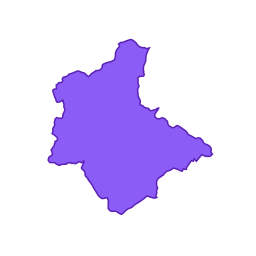 Taut, Arad, Romania, rotated 127°
{"feature_id": "2599482B85287351729722", "entity_name": "Taut", "entity_type": "district", "adm_level": 2, "iso_a3": "ROU", "parent_name": "Romania", "parent_adm1": "Arad", "projection": "mercator", "projection_center": [21.939, 46.235], "detail": "fine", "context": "isolated", "style": "filled", "palette": "violet", "viewbox_px": 256, "rotation_deg": 127, "n_neighbors": 0, "source": "geoboundaries", "source_scale": "gbopen_adm2", "svg_char_len": 4418}
<svg xmlns="http://www.w3.org/2000/svg" viewBox="0 0 256 256"><g transform="rotate(127 128 128)"><path d="M202.7,169.8L199.9,165.8L199.9,163.3L199.2,160.3L196.8,158.9L193.8,155.3L192.3,155.4L190.3,153.0L190.3,151.9L189.6,150.9L188.7,150.5L188.5,150.1L188.6,149.2L188.3,148.6L186.8,147.8L184.3,146.7L184.0,145.6L183.8,144.5L183.4,143.9L182.9,143.6L182.2,143.4L181.6,143.8L181.1,143.9L181.0,143.5L181.4,143.0L182.5,142.5L184.0,142.1L187.7,141.3L188.4,140.5L188.6,138.1L189.0,136.1L191.7,133.5L192.3,131.8L192.4,129.7L193.3,128.8L193.7,127.0L194.8,123.1L196.9,118.5L197.5,116.8L199.8,111.1L200.1,109.1L200.1,106.6L199.9,106.3L199.2,105.3L197.1,103.6L196.2,102.7L197.0,101.3L197.7,100.0L198.5,99.7L198.8,99.1L200.5,98.2L204.2,95.3L204.6,94.0L204.8,92.6L204.7,91.6L204.0,90.4L203.1,89.3L201.9,87.9L201.5,86.2L201.6,84.8L201.2,82.4L201.1,81.8L200.4,81.0L197.6,80.4L195.4,80.2L192.5,79.3L190.7,78.1L189.3,77.4L188.5,77.0L187.1,76.9L184.4,76.2L182.3,75.3L178.8,74.0L173.8,72.5L171.0,72.2L170.4,70.4L169.4,67.7L168.7,65.8L168.0,64.5L166.1,63.2L165.8,64.6L165.2,65.3L163.9,65.4L162.9,65.7L160.6,67.7L158.5,68.0L158.0,68.4L156.9,70.1L155.7,71.4L153.4,73.1L152.2,73.4L151.7,73.3L151.1,73.4L149.3,73.3L147.9,72.8L146.5,72.2L145.7,72.3L145.0,71.8L144.3,71.4L143.8,71.5L142.9,71.7L142.2,71.5L140.6,71.3L138.8,70.7L137.2,69.4L135.7,68.6L134.9,68.3L132.7,67.5L132.3,66.8L132.1,66.2L131.7,65.0L131.5,64.3L131.3,64.1L131.1,63.3L130.3,59.4L129.7,58.7L128.4,59.0L127.2,59.4L126.6,57.2L125.8,56.5L124.5,57.4L119.6,57.6L116.1,57.8L115.2,55.8L112.8,56.6L113.4,53.4L104.9,53.0L104.0,49.1L103.4,48.2L101.4,45.5L99.8,45.0L98.1,44.8L97.6,46.7L96.9,47.5L96.0,48.2L95.6,48.2L94.2,49.4L93.6,51.3L93.3,52.6L93.9,55.6L94.5,57.3L94.3,58.4L93.9,59.7L93.0,61.0L92.9,63.2L92.6,63.8L93.1,65.2L93.7,66.1L94.8,66.9L95.2,67.1L95.6,67.3L96.4,73.3L97.0,76.1L96.0,78.2L95.6,80.7L95.8,86.8L96.2,89.8L96.5,90.1L96.7,90.4L100.0,91.7L101.2,92.8L101.6,96.8L101.0,98.3L99.6,99.8L98.9,100.8L98.4,104.7L99.4,107.0L101.3,108.1L102.8,109.7L103.0,110.5L102.9,113.3L101.4,114.7L98.4,115.1L96.7,115.1L94.0,115.3L93.6,115.5L94.2,116.1L95.1,116.4L95.4,116.8L96.2,116.9L96.8,116.9L97.3,117.2L97.5,117.7L97.8,118.1L98.7,118.7L99.7,119.4L100.3,120.0L100.5,120.8L100.9,121.9L100.1,122.8L100.1,123.9L100.7,124.6L101.3,126.4L101.8,127.3L101.5,128.1L101.3,128.6L101.5,129.8L101.6,130.6L102.1,132.4L101.7,132.9L101.3,133.0L101.0,133.3L100.4,133.4L99.8,133.8L99.2,134.3L98.4,135.4L97.7,136.4L97.6,137.2L96.7,138.4L96.5,139.1L95.8,139.9L94.8,140.3L94.3,141.1L93.0,142.2L91.3,143.6L89.4,144.1L87.9,144.4L87.1,145.9L86.2,147.0L85.3,147.7L83.3,149.0L82.3,150.4L81.9,150.3L79.6,149.7L79.0,148.7L78.1,148.0L77.2,146.7L75.1,147.5L74.2,149.4L73.0,149.6L72.6,150.6L69.1,152.8L64.0,154.1L59.3,157.2L54.3,158.7L53.1,158.9L51.2,159.1L52.9,160.5L53.6,161.1L53.8,163.1L55.2,164.8L56.2,167.8L56.1,169.7L55.1,173.1L55.0,177.0L55.4,178.5L56.0,179.4L59.2,181.6L62.9,183.7L64.0,185.3L66.6,186.1L67.3,184.4L68.2,183.8L69.6,184.0L72.4,184.1L73.9,183.6L75.6,183.2L77.0,182.1L78.8,181.0L81.2,179.9L81.9,179.9L85.3,181.6L88.8,184.4L91.9,186.2L93.3,186.3L94.9,185.2L96.2,185.0L98.4,185.3L99.5,185.9L101.5,188.2L102.8,188.5L103.7,188.8L105.2,189.4L106.6,189.9L108.8,190.0L110.8,190.6L110.8,191.4L110.7,192.7L110.5,194.2L110.3,195.8L111.1,197.5L111.7,199.8L112.2,201.6L112.8,202.6L114.6,203.6L117.7,205.5L120.9,207.7L121.7,207.5L122.5,207.5L123.1,207.7L123.5,208.0L123.9,208.5L125.1,208.7L125.1,209.1L126.0,210.0L126.9,210.2L127.9,210.2L128.7,209.7L129.3,208.6L130.2,208.4L131.1,208.4L132.2,209.0L133.2,210.3L133.6,210.6L134.0,210.6L134.7,210.5L135.3,210.6L136.8,211.2L139.9,208.7L141.1,210.0L141.7,210.5L142.3,210.8L143.4,210.5L144.0,209.9L147.5,205.0L148.1,203.5L149.7,201.5L150.1,200.2L149.8,199.7L148.2,198.2L146.6,197.7L145.0,196.7L145.2,196.2L146.1,196.2L147.1,194.0L147.6,193.4L150.0,191.7L150.6,190.3L151.0,189.6L151.4,189.3L153.6,188.7L156.4,188.1L158.8,186.5L160.4,186.9L160.7,187.7L161.4,188.5L161.6,188.8L161.9,189.0L162.4,191.0L163.2,191.4L164.7,191.5L165.3,191.3L168.1,190.0L168.6,189.6L169.4,188.4L169.9,188.2L173.5,187.8L174.5,187.2L175.3,186.1L175.7,186.0L177.9,185.4L178.2,184.9L177.9,182.1L178.3,178.7L178.5,178.2L179.0,177.8L181.0,177.2L181.4,177.4L182.3,178.2L187.1,176.2L188.3,176.4L190.0,176.1L191.3,176.4L192.2,175.6L193.4,173.7L194.0,173.0L194.6,172.6L195.6,172.4L196.3,172.6L197.5,173.3L199.4,173.5L201.7,172.4L202.7,169.8Z" fill="#8b5cf6" stroke="#5b21b6" stroke-width="1.5"/></g></svg>